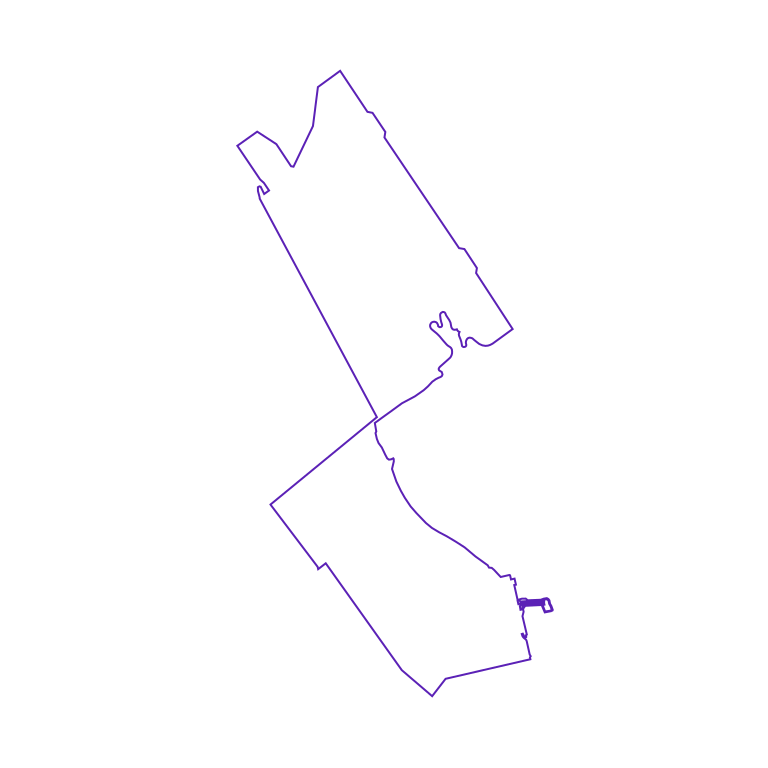 the district of 49, Ad Dawhah, Qatar, rotated 347°
{"feature_id": "91078587B40201324753921", "entity_name": "49", "entity_type": "district", "adm_level": 2, "iso_a3": "QAT", "parent_name": "Qatar", "parent_adm1": "Ad Dawhah", "projection": "robinson", "projection_center": [51.615, 25.249], "detail": "fine", "context": "isolated", "style": "outline", "palette": "violet", "viewbox_px": 768, "rotation_deg": 347, "n_neighbors": 0, "source": "geoboundaries", "source_scale": "gbopen_adm2", "svg_char_len": 3451}
<svg xmlns="http://www.w3.org/2000/svg" viewBox="0 0 768 768"><g transform="rotate(347 384 384)"><path d="M464.7,685.1L464.7,683.2L465.7,682.2L465.1,680.4L465.2,666.7L465.0,665.4L464.4,664.4L463.4,663.2L462.7,662.1L462.2,660.7L462.0,658.6L463.1,658.5L463.8,661.4L464.4,662.4L465.0,662.8L465.6,662.6L465.8,661.7L465.8,660.7L466.8,660.3L466.7,641.4L468.8,637.3L468.9,634.4L471.7,631.9L487.9,634.8L489.3,642.7L494.9,642.9L494.8,642.3L489.8,641.9L488.9,635.7L489.3,635.1L490.7,635.1L490.7,634.6L488.8,634.3L469.3,630.9L467.8,634.7L466.2,634.7L466.4,630.9L467.0,630.8L468.5,629.1L469.5,629.0L490.9,632.7L491.1,632.0L483.4,630.8L467.7,628.0L467.2,628.7L465.4,628.7L465.4,625.4L467.4,625.3L467.8,626.6L487.3,629.9L488.9,630.4L491.2,630.6L492.7,630.1L493.8,630.3L494.7,630.9L495.3,631.6L495.6,632.6L495.5,635.3L496.3,638.2L496.6,641.3L496.3,641.8L495.8,642.1L496.0,642.8L497.2,642.6L497.6,642.1L497.1,637.8L496.4,635.6L496.4,634.2L496.5,632.1L495.8,630.5L494.5,629.3L491.4,629.1L488.2,629.5L475.4,627.1L473.8,625.0L470.0,624.2L465.6,624.5L465.7,609.2L467.4,609.2L467.4,606.8L467.4,603.0L463.8,603.0L463.8,598.8L463.2,598.3L454.3,598.3L451.5,593.5L449.5,590.0L447.6,587.4L445.0,586.5L444.3,584.0L440.7,579.9L434.3,572.6L425.8,561.3L418.4,553.7L410.9,546.5L404.3,540.8L398.3,535.0L393.6,528.9L386.5,517.0L382.4,509.3L378.7,499.6L376.4,491.9L374.1,481.8L372.7,468.6L376.1,461.7L376.6,459.3L376.3,458.5L374.0,459.0L371.8,458.8L370.4,457.2L369.3,453.1L367.6,445.4L365.4,440.3L364.7,435.9L364.7,429.9L365.8,428.5L366.3,419.9L374.8,416.3L378.6,414.7L379.6,414.3L397.2,406.8L411.3,403.0L421.4,398.9L426.3,396.2L431.6,392.6L434.6,391.4L435.1,391.1L438.6,390.2L440.7,389.9L442.1,389.3L443.1,388.0L443.1,386.7L442.9,385.2L441.8,384.2L441.0,383.3L440.8,383.1L440.6,382.2L440.9,381.1L442.2,379.9L453.0,374.0L454.7,373.0L456.2,371.3L457.2,369.5L457.7,367.5L457.9,365.6L457.4,363.9L456.7,362.9L455.9,362.1L454.7,360.8L453.9,359.6L453.4,358.7L451.3,354.8L450.0,352.2L449.0,350.2L448.1,348.7L447.4,347.6L446.6,346.4L445.5,345.0L443.2,342.0L442.4,340.8L442.0,339.6L441.9,338.2L442.2,336.9L443.0,335.8L443.9,335.0L444.9,334.6L446.1,334.5L447.2,334.7L448.4,335.3L449.3,336.3L449.7,337.6L449.9,338.7L449.8,339.9L450.3,340.5L450.9,341.1L452.1,341.3L452.9,341.1L453.5,340.6L453.9,339.6L453.9,338.6L453.7,336.5L453.7,333.5L454.1,329.9L454.4,328.9L454.5,328.6L455.4,327.7L456.4,327.3L457.4,327.0L458.4,327.3L459.3,328.0L459.7,329.0L459.9,330.8L460.8,333.3L462.0,336.5L462.6,339.2L462.5,341.3L462.4,343.6L462.8,345.3L463.6,346.4L464.7,347.0L466.2,347.2L467.3,347.1L467.5,348.2L468.2,349.4L469.3,350.3L468.7,351.1L468.1,352.3L468.0,353.9L468.6,357.8L468.8,360.3L468.7,363.1L468.6,364.5L469.1,365.3L469.9,365.9L471.0,366.0L471.8,365.9L472.7,365.2L473.0,364.2L473.0,362.4L473.5,360.8L474.3,359.6L475.2,358.7L476.5,358.1L477.9,358.1L479.1,358.6L480.4,359.4L481.8,361.4L483.6,363.7L485.8,366.4L488.6,368.5L491.5,369.7L494.0,370.0L496.2,369.8L498.9,369.1L521.7,359.4L498.7,296.6L500.6,291.9L492.7,270.6L487.7,268.5L439.9,143.9L442.0,138.7L433.8,117.2L429.1,115.1L411.7,69.0L386.4,79.8L379.6,98.2L378.6,101.0L372.8,116.7L344.7,151.9L342.4,150.9L333.1,126.1L317.2,109.6L294.7,118.9L309.3,156.9L312.2,161.0L315.5,169.6L310.0,171.9L308.2,164.1L307.1,163.4L305.4,163.9L304.6,167.6L304.8,174.1L304.6,175.5L369.6,414.7L246.3,475.9L246.6,476.7L278.2,547.2L278.2,549.6L286.9,545.6L329.3,648.3L337.0,666.9L360.7,699.0L377.7,685.1L464.7,685.1Z" fill="none" stroke="#5b21b6" stroke-width="2"/></g></svg>